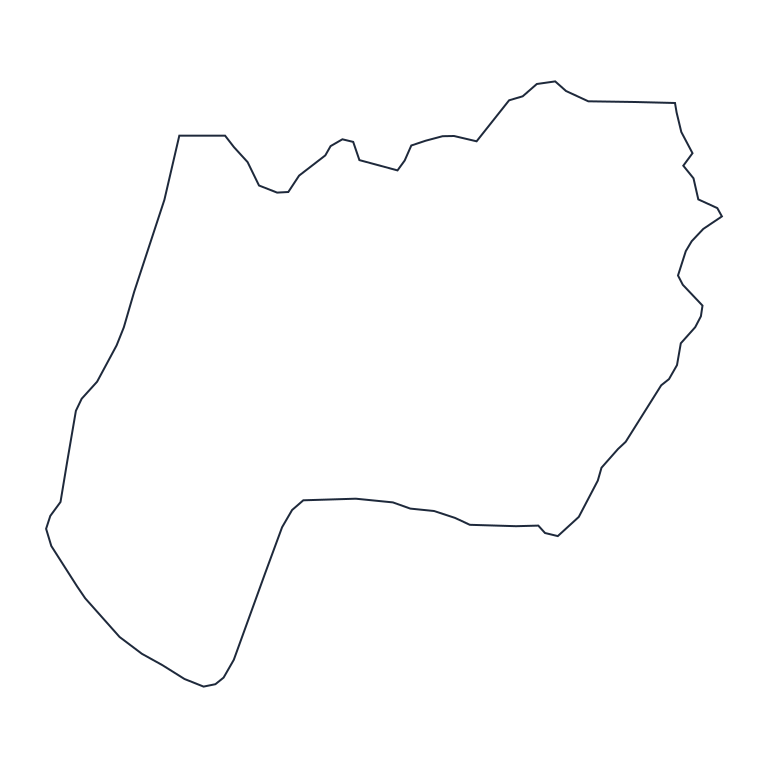 outline of Equador, Rio Grande do Norte, Brazil
{"feature_id": "56859067B16316306157481", "entity_name": "Equador", "entity_type": "district", "adm_level": 2, "iso_a3": "BRA", "parent_name": "Brazil", "parent_adm1": "Rio Grande do Norte", "projection": "orthographic", "projection_center": [-36.654, -6.891], "detail": "fine", "context": "isolated", "style": "outline", "palette": "slate", "viewbox_px": 768, "rotation_deg": 0, "n_neighbors": 0, "source": "geoboundaries", "source_scale": "gbopen_adm2", "svg_char_len": 1193}
<svg xmlns="http://www.w3.org/2000/svg" viewBox="0 0 768 768"><path d="M721.9,216.4L717.3,208.1L698.3,199.4L693.5,178.3L683.3,165.7L692.5,153.2L681.3,132.0L676.6,112.5L675.0,103.0L635.0,102.0L588.3,101.3L566.0,91.0L555.2,81.4L536.8,84.0L522.7,96.3L509.1,100.3L476.6,141.3L454.0,136.0L442.6,136.2L425.7,140.7L411.3,145.5L404.7,160.5L397.5,170.4L359.4,160.1L353.2,141.9L342.4,139.3L330.6,146.1L325.3,155.4L299.1,175.6L288.3,192.0L277.1,192.6L259.0,185.5L247.6,162.1L234.0,147.2L225.1,135.7L179.3,135.7L164.4,199.8L134.2,291.7L123.8,327.4L116.6,345.4L97.1,381.7L81.7,398.7L75.9,410.8L67.3,461.0L60.5,502.0L50.3,515.9L46.1,528.8L51.3,546.0L77.1,586.4L85.2,598.3L119.6,637.0L141.9,653.8L162.3,665.1L184.5,679.0L203.6,686.6L215.4,684.2L223.6,677.6L233.8,659.8L265.3,572.8L282.1,527.2L292.1,510.0L303.3,500.3L355.8,498.7L392.9,502.4L410.3,508.6L434.0,511.0L455.0,517.9L469.8,524.8L516.1,526.2L538.3,525.6L545.0,533.0L557.8,536.1L578.8,516.9L597.8,480.6L601.5,467.7L618.1,448.9L625.7,441.8L661.2,385.3L669.0,379.1L677.0,365.1L680.8,343.3L695.2,327.2L700.9,316.3L702.5,305.6L682.8,284.8L678.0,275.5L685.8,251.1L691.7,241.2L703.3,228.9L721.9,216.4Z" fill="none" stroke="#1e293b" stroke-width="2"/></svg>